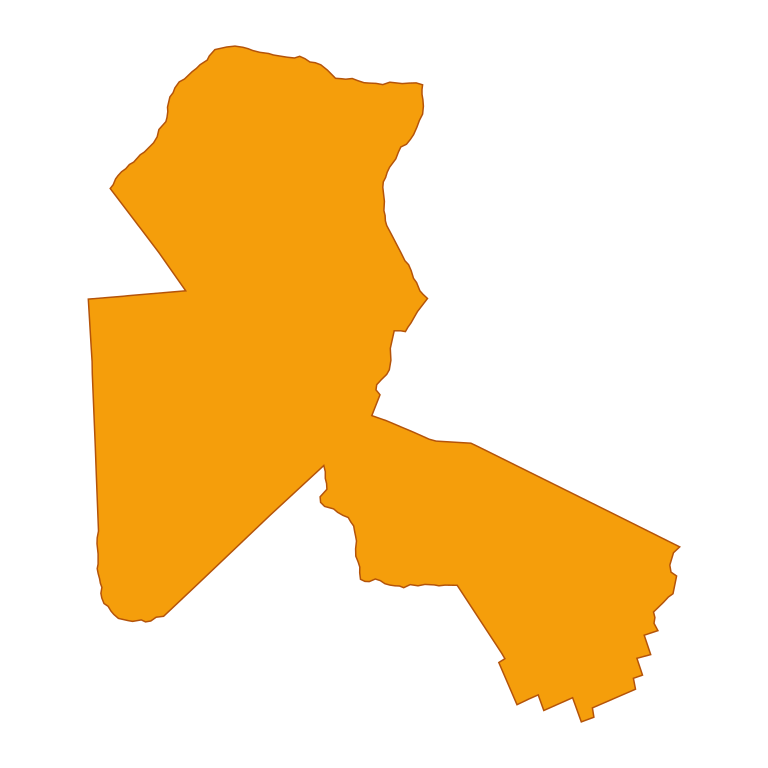 outline of Castanhal, Pará, Brazil
{"feature_id": "56859067B13646030558051", "entity_name": "Castanhal", "entity_type": "district", "adm_level": 2, "iso_a3": "BRA", "parent_name": "Brazil", "parent_adm1": "Pará", "projection": "orthographic", "projection_center": [-47.869, -1.265], "detail": "fine", "context": "isolated", "style": "filled", "palette": "amber", "viewbox_px": 768, "rotation_deg": 0, "n_neighbors": 0, "source": "geoboundaries", "source_scale": "gbopen_adm2", "svg_char_len": 2783}
<svg xmlns="http://www.w3.org/2000/svg" viewBox="0 0 768 768"><path d="M422.6,84.8L416.2,82.9L409.2,83.1L402.2,83.6L396.1,82.9L389.8,82.2L382.8,84.6L376.1,83.4L369.3,83.1L364.0,82.7L357.7,80.6L352.2,78.5L345.7,79.2L341.3,78.7L335.5,78.3L327.4,70.1L320.8,64.8L315.2,62.7L309.9,62.0L305.0,58.7L299.7,56.3L294.5,58.0L287.1,57.2L280.2,56.1L273.5,55.0L268.6,53.5L259.7,52.3L252.7,50.5L248.1,48.7L243.0,47.3L235.0,46.1L226.7,47.0L214.9,49.6L209.3,55.9L207.2,60.1L200.1,64.7L196.4,68.4L192.0,71.8L184.5,79.0L179.2,81.9L174.9,87.9L173.1,92.7L169.9,96.9L167.5,107.2L167.8,111.6L167.0,117.4L165.9,121.6L158.9,129.5L157.2,136.8L153.6,142.8L144.3,152.1L140.3,154.7L133.7,162.1L129.4,164.5L125.8,168.7L121.6,171.7L118.1,175.5L115.6,178.9L113.2,184.7L110.2,188.5L133.1,218.6L138.0,225.1L141.2,229.2L158.9,252.6L185.7,290.8L128.2,295.7L123.7,296.2L88.3,299.1L91.1,345.8L92.1,361.6L92.3,373.8L95.3,446.9L96.4,477.0L98.5,531.1L97.2,537.8L97.0,543.7L98.1,553.9L98.1,564.1L97.2,568.6L98.2,573.7L99.5,578.4L100.4,583.3L101.9,587.4L100.9,593.3L101.8,598.0L104.0,603.5L108.1,606.3L111.0,611.1L113.8,614.4L118.4,618.4L128.1,620.6L132.6,621.4L141.3,619.9L145.5,621.9L150.8,621.0L156.2,617.2L163.6,616.3L199.5,582.4L270.3,515.0L323.8,465.5L325.3,471.7L325.3,478.4L326.6,483.6L326.9,489.3L320.1,496.8L320.6,502.4L324.6,506.4L333.6,508.9L337.6,512.3L343.0,515.4L348.2,517.5L350.9,522.1L353.7,526.0L354.6,531.3L355.6,536.1L356.5,541.0L355.6,548.8L355.8,556.2L358.1,561.8L359.8,567.1L359.7,572.7L360.5,579.3L364.9,581.4L369.3,581.6L375.3,579.0L380.3,580.6L384.9,583.7L390.0,585.1L394.9,585.8L399.5,586.0L403.7,587.7L410.2,584.6L418.0,585.8L424.9,584.4L434.3,584.9L438.9,585.8L445.0,585.1L457.2,585.3L501.6,653.1L504.9,658.7L498.8,662.5L517.0,704.7L528.9,699.0L538.2,694.9L543.8,710.5L572.6,697.7L581.3,721.9L593.9,717.2L592.4,707.9L635.5,689.2L633.4,678.3L642.5,675.1L636.9,658.3L650.7,654.6L644.2,635.2L657.9,630.6L654.0,623.3L654.9,617.5L653.5,612.0L663.5,602.3L668.4,597.0L673.0,593.7L676.6,576.0L671.0,572.1L669.8,565.1L673.5,552.7L679.7,546.9L611.6,512.9L477.6,446.4L470.9,443.2L436.1,441.1L429.1,439.2L414.0,432.4L400.7,426.8L386.6,420.8L378.6,418.0L371.8,415.6L380.0,394.8L376.0,389.9L376.7,384.7L381.2,379.8L386.7,374.4L389.3,369.8L390.9,360.3L390.3,348.4L394.2,330.8L400.8,330.8L405.4,331.6L408.0,327.1L411.0,322.9L414.0,317.6L417.5,311.5L427.5,298.5L422.9,294.2L419.9,290.8L416.6,282.6L413.5,278.3L411.2,270.7L408.6,264.7L404.9,260.7L401.2,253.2L391.9,235.3L386.7,225.5L385.4,220.9L385.1,215.5L383.9,210.6L384.4,201.3L382.8,187.3L383.3,181.9L385.6,177.5L387.2,172.2L389.6,167.2L395.8,158.9L398.4,152.1L400.8,147.0L406.5,144.2L410.3,139.5L413.6,134.6L416.9,127.2L419.4,120.4L422.6,114.1L423.4,106.2L422.9,99.7L422.0,94.3L422.0,89.5L422.6,84.8Z" fill="#f59e0b" stroke="#b45309" stroke-width="1.5"/></svg>